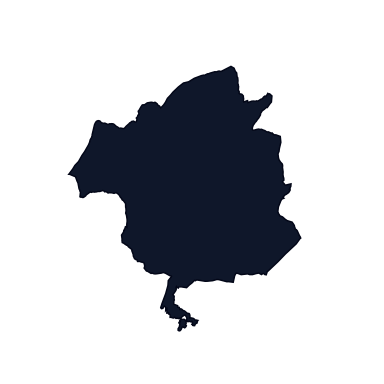 Tapanuli Utara, Sumatera Utara, Indonesia, rotated 207°
{"feature_id": "22746128B99937545443202", "entity_name": "Tapanuli Utara", "entity_type": "district", "adm_level": 2, "iso_a3": "IDN", "parent_name": "Indonesia", "parent_adm1": "Sumatera Utara", "projection": "natural_earth1", "projection_center": [99.174, 2.011], "detail": "fine", "context": "isolated", "style": "filled", "palette": "ink", "viewbox_px": 384, "rotation_deg": 207, "n_neighbors": 0, "source": "geoboundaries", "source_scale": "gbopen_adm2", "svg_char_len": 6003}
<svg xmlns="http://www.w3.org/2000/svg" viewBox="0 0 384 384"><g transform="rotate(207 192 192)"><path d="M128.3,78.9L128.8,79.3L128.5,80.2L130.2,79.8L130.9,79.1L131.8,79.7L133.3,80.0L135.2,79.6L136.9,78.8L137.1,79.7L138.0,81.3L139.1,82.3L139.5,82.4L141.1,81.8L144.6,82.6L146.8,82.4L147.4,82.8L148.4,82.9L149.4,82.6L149.7,82.0L151.0,83.4L152.4,83.0L152.1,83.2L152.5,82.9L153.2,84.2L156.5,83.8L156.9,83.6L157.4,83.8L158.8,86.9L158.7,87.7L159.7,88.9L160.5,90.9L161.2,91.4L162.5,91.9L162.0,94.2L161.7,97.1L162.0,98.4L163.0,99.9L162.9,100.8L161.9,100.2L160.6,100.2L160.6,101.5L158.6,102.6L153.4,104.3L152.2,107.9L150.7,111.1L149.7,114.4L148.7,114.5L148.3,115.3L147.6,115.9L139.6,118.5L137.5,119.7L133.3,122.4L130.2,125.3L128.4,126.1L120.2,127.9L118.8,128.7L114.3,130.3L116.0,136.8L115.9,139.7L114.2,140.3L110.7,140.7L105.3,144.3L103.1,144.6L100.7,145.8L97.9,148.4L95.7,150.1L92.6,150.0L91.9,151.4L91.5,151.7L90.6,151.9L89.9,151.5L88.3,151.9L88.8,155.3L88.4,155.9L83.8,168.9L80.6,179.4L75.6,193.1L74.6,199.6L74.2,200.1L74.7,200.8L76.6,202.0L80.6,205.2L81.9,205.8L83.3,205.8L83.7,206.6L84.7,207.4L85.7,208.7L89.1,210.6L94.2,209.7L96.6,210.0L100.0,210.9L103.0,210.7L104.2,211.6L105.0,211.9L106.7,213.6L108.3,218.1L108.9,224.7L108.7,226.5L107.3,228.2L108.6,228.5L107.8,231.7L107.1,232.5L105.6,235.4L105.4,238.1L106.2,239.6L106.5,239.3L106.5,241.8L107.5,244.2L112.0,240.4L114.1,241.4L115.7,241.8L116.2,242.5L115.8,243.1L115.5,244.2L116.6,246.1L117.4,246.8L118.8,248.7L120.0,251.3L122.5,254.9L123.1,256.4L123.7,257.3L124.4,258.0L126.9,258.9L129.2,260.3L130.4,261.6L132.7,265.0L133.0,268.1L133.3,268.6L134.0,270.8L135.4,276.6L138.6,281.6L143.2,281.0L145.0,280.1L145.9,280.6L146.7,280.4L147.5,281.0L148.0,280.4L151.1,280.3L152.0,279.8L152.9,279.5L155.1,279.8L155.9,279.6L158.6,279.4L159.6,278.7L161.2,278.3L162.8,277.1L164.8,275.2L165.5,274.9L166.3,274.9L166.8,275.5L167.4,276.6L167.8,279.4L167.6,280.3L167.3,283.0L166.9,283.9L166.6,286.4L166.2,287.9L166.0,291.7L166.6,293.1L166.3,296.2L165.1,298.6L164.3,300.9L163.3,301.4L162.6,306.1L162.1,308.2L164.4,313.9L167.4,314.7L168.3,314.1L169.2,314.3L169.4,310.7L170.5,310.7L171.3,309.2L171.5,307.9L172.0,306.5L172.7,306.0L174.3,303.3L175.1,302.6L175.7,302.6L176.9,301.5L178.1,301.1L179.8,300.2L182.8,297.1L184.0,298.6L185.1,297.6L185.6,296.7L186.8,295.7L187.4,296.3L188.6,299.0L189.2,299.6L189.9,300.9L191.9,301.7L193.0,301.5L194.1,301.0L194.8,301.2L195.4,302.7L196.1,303.3L196.9,303.6L198.3,307.0L198.6,307.5L199.2,307.8L199.4,308.5L200.6,309.7L201.6,312.1L202.8,314.0L203.3,314.7L204.7,315.5L204.7,316.0L206.3,318.4L208.2,319.2L210.7,321.4L214.3,321.6L220.6,312.9L221.8,312.2L222.7,312.1L223.6,311.4L224.9,310.0L226.1,309.6L226.8,309.0L229.8,306.2L230.9,304.9L231.9,304.3L233.9,301.6L234.7,301.4L236.5,299.9L241.6,294.3L245.0,288.7L249.1,285.2L251.8,279.4L254.3,272.3L255.1,268.6L256.4,264.3L256.4,260.0L256.8,256.8L258.0,252.7L259.9,253.8L262.1,254.0L262.9,254.7L265.3,255.2L266.0,254.9L266.1,254.6L267.0,254.0L268.2,253.8L269.2,253.4L271.8,251.5L272.4,251.0L273.8,248.3L275.8,247.0L276.1,245.0L276.3,240.4L276.6,239.6L274.2,236.9L274.9,236.4L275.0,235.5L274.7,234.4L275.2,232.6L274.4,232.2L274.0,231.7L273.6,229.9L273.6,229.3L273.9,228.7L274.3,228.5L276.3,228.6L277.9,227.3L278.2,226.0L278.9,225.3L279.1,224.3L280.5,220.7L281.2,217.9L282.3,217.2L284.5,216.6L285.8,215.7L287.6,216.1L289.2,216.1L292.2,216.9L293.2,216.9L294.6,216.4L295.2,215.9L296.2,215.5L297.6,214.0L300.9,213.8L302.2,212.9L302.9,212.9L304.0,212.5L306.1,213.4L307.2,213.3L308.1,212.9L309.1,211.8L309.3,211.4L309.5,209.4L309.4,207.7L307.0,197.8L306.5,196.8L306.5,196.0L306.2,195.5L306.4,192.4L305.8,189.7L305.6,187.0L306.0,179.1L306.6,174.8L306.9,167.6L308.4,162.5L308.7,158.3L309.8,151.9L309.2,152.2L302.7,152.7L299.3,149.5L297.7,148.3L294.0,143.5L292.8,142.7L292.4,142.0L291.4,141.4L290.1,138.0L289.9,138.2L289.6,137.9L289.6,136.9L288.7,136.9L288.2,137.3L287.2,137.4L286.4,137.8L285.8,138.7L285.0,140.3L284.9,141.5L282.7,145.8L281.5,146.0L280.3,147.2L279.1,147.5L277.0,148.9L276.2,149.7L274.4,150.6L272.1,152.9L270.8,152.9L269.9,152.5L269.2,153.1L268.1,153.3L266.3,153.0L265.8,153.6L263.1,154.9L260.9,155.4L259.3,157.0L257.0,156.7L255.0,156.0L253.9,155.1L251.8,154.2L250.6,153.3L249.2,153.2L245.9,151.5L244.2,148.3L243.8,148.0L242.2,145.3L241.5,143.1L239.8,141.5L237.5,138.3L236.5,136.5L235.4,133.5L234.0,130.9L235.4,131.0L235.6,130.4L235.1,129.4L235.3,128.0L234.8,127.2L235.3,126.8L234.8,125.3L235.2,121.6L232.8,118.1L232.6,117.4L231.2,115.3L229.1,115.4L228.8,115.2L226.2,114.9L225.3,115.1L223.7,114.3L219.6,113.5L219.0,113.1L219.0,112.4L216.9,110.5L215.7,109.3L215.3,108.4L212.8,106.4L212.1,106.6L211.3,106.3L210.2,106.6L209.0,105.4L206.9,106.5L205.5,106.5L204.0,107.1L203.4,106.9L202.2,106.9L201.3,105.4L200.5,104.9L200.1,102.5L196.7,100.9L195.8,101.2L191.5,100.9L190.8,101.6L188.7,101.9L187.3,102.5L185.5,103.7L182.3,106.0L181.1,107.2L178.9,107.6L173.7,107.4L172.8,107.7L172.0,107.6L171.9,107.4L172.9,102.3L171.0,97.8L169.3,89.6L168.0,78.4L167.8,78.3L167.8,77.6L167.4,74.8L166.9,74.4L166.2,74.2L165.1,75.1L165.2,76.9L164.8,77.8L164.0,77.6L162.7,76.9L161.7,74.6L161.4,76.4L160.5,75.0L159.2,72.1L159.1,73.6L158.0,73.8L157.4,72.7L156.6,72.8L155.7,72.6L154.6,70.4L153.9,70.8L151.5,71.2L150.9,71.7L150.8,72.4L149.9,72.4L149.0,72.1L147.3,73.1L146.9,73.0L146.1,73.3L145.8,74.0L144.6,74.2L144.5,74.3L144.2,76.8L143.9,77.0L142.6,79.2L142.0,79.2L139.6,77.6L138.9,76.8L139.1,76.1L137.6,74.5L137.1,74.5L136.5,74.8L135.4,75.7L134.5,75.6L133.8,76.5L133.3,76.7L132.7,75.8L132.4,75.9L131.8,75.4L132.0,74.0L131.3,74.0L130.9,73.5L130.2,73.5L130.0,73.9L129.0,74.1L129.1,75.6L128.8,76.5L128.0,77.7L128.4,78.2L128.3,78.9ZM139.3,64.7L139.4,67.3L138.9,67.6L136.8,67.7L136.3,69.1L136.3,70.3L137.6,71.0L137.6,72.4L138.8,74.1L140.7,75.0L141.3,75.0L143.6,73.6L144.3,72.9L144.5,72.5L144.5,71.7L144.2,71.2L143.6,71.2L143.7,70.5L144.3,70.2L144.4,69.8L144.3,69.4L143.3,69.2L142.7,68.3L142.1,66.0L142.3,63.9L141.6,62.5L140.9,62.4L140.1,62.6L139.5,63.3L139.3,64.7Z" fill="#0f172a" stroke="#020617" stroke-width="1.5"/></g></svg>